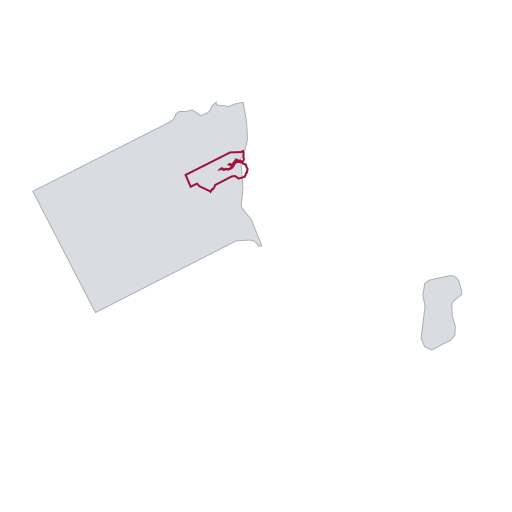 location of Mbini, Litoral, Equatorial Guinea, rotated 153°
{"feature_id": "11065452B69337055746076", "entity_name": "Mbini", "entity_type": "district", "adm_level": 2, "iso_a3": "GNQ", "parent_name": "Equatorial Guinea", "parent_adm1": "Litoral", "projection": "mercator", "projection_center": [9.733, 1.591], "detail": "medium", "context": "in_parent", "style": "outline", "palette": "rose", "viewbox_px": 512, "rotation_deg": 153, "n_neighbors": 0, "source": "geoboundaries", "source_scale": "gbopen_adm2", "svg_char_len": 2798}
<svg xmlns="http://www.w3.org/2000/svg" viewBox="0 0 512 512"><g transform="rotate(153 256 256)"><path d="M424.7,278.5L424.9,305.6L425.0,328.5L425.1,353.2L425.3,379.0L425.4,400.8L425.5,415.0L401.6,414.9L369.8,414.8L338.1,414.7L306.3,414.6L290.4,414.5L272.8,414.5L267.1,415.2L263.2,418.8L258.6,419.6L253.1,416.6L246.5,415.1L244.8,412.0L241.5,406.2L234.9,405.6L231.7,406.2L226.9,409.5L221.7,411.2L222.7,408.6L212.2,401.5L204.7,400.9L197.7,398.7L203.3,380.3L210.4,364.1L220.9,351.8L226.5,348.9L228.3,342.8L236.6,322.8L246.9,306.6L243.7,290.1L246.2,262.5L249.1,263.3L249.6,265.9L250.4,269.7L254.3,273.1L267.1,278.5L305.3,278.5L328.1,278.5L361.9,278.5L397.6,278.5L424.7,278.5ZM121.8,92.4L124.6,92.8L142.1,92.4L146.9,98.6L146.3,107.7L128.3,134.3L125.0,145.5L118.0,155.0L112.0,155.7L91.3,150.2L87.8,146.8L86.5,142.2L88.6,131.6L90.1,128.4L100.0,126.4L103.2,124.7L108.5,113.3L110.3,102.9L114.8,95.0L121.8,92.4Z" fill="#d9dde1" stroke="#a8b0b8" stroke-width="1"/><path d="M282.8,347.4L276.0,347.3L275.4,346.7L274.9,344.1L267.3,334.2L267.3,333.9L266.4,334.4L266.0,334.5L265.4,335.3L264.9,335.5L264.7,335.5L264.5,335.2L263.9,335.0L263.4,335.3L262.3,336.2L261.4,336.6L260.3,337.8L241.3,337.9L238.4,336.8L236.3,332.9L230.1,331.7L229.6,332.5L228.5,332.9L228.0,333.7L227.5,334.2L226.5,334.3L226.2,334.9L225.9,334.9L225.9,335.0L225.7,335.5L225.1,336.2L224.5,336.5L224.3,336.7L224.0,337.2L224.1,337.8L224.0,338.2L224.1,339.4L224.0,340.3L223.7,341.0L223.6,342.2L224.2,342.3L224.5,343.2L224.8,343.6L225.2,343.7L225.5,344.0L226.1,345.2L226.3,345.7L226.2,346.0L226.5,346.3L228.8,347.7L230.3,348.2L230.8,348.2L231.5,348.6L232.0,348.6L232.7,348.3L233.7,347.6L234.0,347.3L234.6,346.8L236.3,346.0L236.8,345.6L238.9,345.3L239.4,345.3L240.3,345.7L241.3,345.4L241.8,345.6L242.2,346.3L243.7,347.1L244.5,347.3L245.3,347.1L245.7,347.4L246.2,347.9L246.3,348.2L246.2,348.8L246.4,349.3L246.6,349.4L247.3,349.5L248.4,349.4L248.7,349.5L248.4,349.6L247.8,349.7L246.6,349.7L246.1,349.3L245.9,349.0L246.0,348.0L245.5,347.4L245.3,347.4L244.7,347.5L243.5,347.5L242.5,346.9L241.6,346.1L241.1,345.8L240.5,345.9L239.7,345.7L239.2,345.8L238.8,346.0L237.9,346.3L237.0,346.4L236.3,347.1L236.3,347.4L236.8,347.9L236.8,348.6L237.0,348.8L237.4,349.1L238.1,349.3L238.9,349.9L238.9,350.6L238.7,350.2L238.2,349.5L237.8,349.5L237.5,349.8L237.3,349.8L237.2,349.7L236.6,348.9L236.3,348.1L236.1,347.8L234.4,348.1L234.2,348.8L233.8,349.3L232.7,349.5L232.0,350.0L231.5,350.2L229.9,350.2L229.7,350.5L229.9,350.7L229.9,350.9L229.5,350.6L229.6,350.1L228.6,349.4L228.2,348.9L226.7,348.2L226.0,346.8L225.6,346.3L225.1,346.0L224.3,346.6L224.0,346.6L223.1,347.5L222.6,347.9L222.6,349.0L222.5,349.4L222.2,350.1L221.4,351.4L220.8,352.7L220.4,353.8L219.9,355.4L222.2,355.4L231.9,360.0L281.9,360.2L282.8,347.4Z" fill="none" stroke="#9f1239" stroke-width="2"/></g></svg>